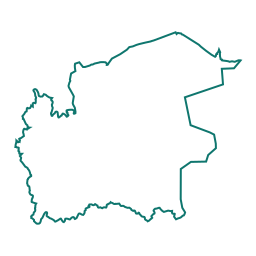 Leilek, Batken, Kyrgyzstan (Robinson projection)
{"feature_id": "92254566B28866404519709", "entity_name": "Leilek", "entity_type": "district", "adm_level": 2, "iso_a3": "KGZ", "parent_name": "Kyrgyzstan", "parent_adm1": "Batken", "projection": "robinson", "projection_center": [69.614, 39.878], "detail": "fine", "context": "isolated", "style": "outline", "palette": "teal", "viewbox_px": 256, "rotation_deg": 0, "n_neighbors": 0, "source": "geoboundaries", "source_scale": "gbopen_adm2", "svg_char_len": 5686}
<svg xmlns="http://www.w3.org/2000/svg" viewBox="0 0 256 256"><path d="M209.8,132.4L190.6,125.2L184.9,97.3L223.0,84.4L221.8,68.8L234.0,68.3L240.6,60.4L240.2,60.3L238.5,60.3L234.8,61.8L232.0,61.3L229.5,61.8L228.4,61.3L226.7,61.0L222.0,60.4L221.8,60.2L221.9,59.6L220.6,59.1L220.4,57.8L220.0,56.4L219.9,53.1L220.2,52.3L219.0,49.6L218.3,51.9L217.2,52.9L217.2,54.0L216.2,54.2L215.8,56.2L215.1,56.8L211.6,54.8L206.2,50.9L200.9,46.7L198.8,44.7L183.7,35.2L182.7,34.6L181.8,34.4L181.2,33.5L178.6,33.1L178.1,32.9L177.6,33.0L176.6,34.0L175.6,32.3L153.6,40.5L151.1,41.2L150.9,41.4L145.3,42.6L139.1,44.1L136.5,44.9L132.8,46.4L129.3,47.1L126.9,49.7L120.2,54.2L111.9,58.6L108.6,63.2L108.1,63.5L108.2,64.0L107.6,64.8L106.8,64.9L106.9,64.2L106.8,63.9L105.9,62.6L105.5,62.3L103.2,62.1L100.0,62.2L99.3,62.5L94.4,63.6L93.6,64.1L92.7,64.5L91.8,64.5L91.1,64.7L89.9,65.5L85.0,67.0L83.0,67.0L79.3,62.3L75.1,63.7L74.8,65.2L74.9,67.8L75.4,71.1L71.1,73.5L69.9,79.7L70.3,80.9L69.4,82.6L68.5,85.9L68.9,87.4L73.1,94.9L73.8,96.4L72.7,103.1L73.1,104.6L74.8,107.7L75.5,111.8L75.4,113.2L74.5,113.7L73.9,113.7L73.7,113.3L73.8,112.9L74.5,111.8L73.6,110.5L72.8,109.9L72.0,109.7L69.2,109.8L67.0,110.2L66.6,110.5L66.6,111.7L67.0,111.8L67.4,112.5L67.1,112.9L67.5,113.3L67.5,113.6L68.4,115.2L67.7,116.2L66.8,116.7L66.3,116.3L66.2,115.6L64.5,114.3L63.4,113.7L62.6,113.7L61.5,115.6L61.1,115.6L59.6,117.0L58.8,117.5L58.5,117.4L58.1,116.7L57.6,112.3L57.1,111.8L56.3,111.6L55.5,111.9L54.6,113.5L53.4,114.2L52.6,115.1L52.6,115.5L52.1,115.9L51.7,115.8L51.0,113.8L51.1,112.9L51.5,112.3L52.6,108.6L52.7,107.7L52.0,106.0L51.9,104.5L52.4,103.7L52.7,102.3L52.7,101.9L52.5,101.5L52.0,100.7L51.5,100.5L51.2,100.0L51.2,99.2L52.1,98.0L49.8,97.6L48.9,97.2L46.9,95.9L45.8,94.8L43.9,94.2L42.8,96.0L42.3,96.5L40.3,96.6L38.9,95.9L38.6,94.9L38.5,93.7L37.9,92.0L36.5,89.7L35.1,89.1L34.3,89.3L33.8,89.7L33.4,90.2L33.5,90.7L34.6,92.4L35.0,93.4L35.3,95.9L36.1,97.5L36.0,98.3L35.5,99.2L35.8,99.7L35.7,102.5L35.4,103.2L33.8,102.8L33.3,103.0L32.8,103.4L32.8,106.6L31.2,105.5L31.0,106.3L30.1,108.0L28.8,108.4L27.5,107.9L26.9,108.3L26.6,111.4L25.4,111.9L24.3,113.9L22.4,116.2L22.9,117.3L22.9,118.9L23.6,119.0L25.9,124.0L27.4,125.3L27.6,126.4L28.6,127.5L29.6,127.6L29.1,127.9L28.4,128.5L27.9,128.6L27.6,128.4L27.2,128.4L26.9,129.5L25.0,129.1L24.7,128.8L24.2,128.8L23.8,129.2L23.4,130.2L23.1,131.8L23.1,132.7L23.5,133.7L23.9,136.0L20.8,138.2L19.7,138.5L19.2,138.9L19.9,140.4L19.9,140.8L19.5,141.2L19.5,141.7L19.1,141.5L18.7,141.7L18.6,142.1L18.0,142.3L17.7,142.0L17.1,141.2L17.0,141.4L16.8,141.3L16.4,140.8L16.4,141.7L16.0,143.4L15.7,144.4L15.4,147.0L16.4,147.0L16.7,147.4L18.4,147.6L18.7,147.8L18.7,149.4L18.4,150.0L18.5,151.3L18.7,151.5L19.2,151.5L19.3,152.3L19.3,153.6L19.5,153.8L21.9,153.8L20.6,155.3L19.9,156.0L21.1,157.6L21.0,158.9L20.6,159.5L20.5,160.2L20.6,160.7L22.3,162.6L25.3,166.7L26.4,167.2L26.7,167.5L27.3,167.8L27.7,168.3L27.9,168.9L28.8,170.0L29.3,170.8L30.0,172.7L30.3,174.1L30.5,174.8L31.1,175.0L31.2,175.3L31.0,175.6L31.1,176.2L30.2,176.7L29.0,177.6L28.0,178.7L28.0,179.2L27.5,179.7L27.1,183.3L27.6,184.5L27.7,185.3L28.1,185.9L29.2,186.4L29.5,187.7L29.6,189.3L29.9,190.6L29.5,191.2L29.4,192.6L30.3,194.3L31.0,194.8L32.5,195.3L32.9,195.8L32.9,196.5L32.8,197.2L32.4,198.0L32.4,198.3L31.9,199.1L31.6,201.6L31.7,202.0L34.5,203.0L36.2,203.5L35.7,204.3L35.3,205.9L35.3,207.8L35.0,208.0L35.0,209.0L35.3,209.8L35.2,210.7L34.9,211.4L33.8,212.5L33.4,214.6L32.0,215.4L31.9,215.7L31.2,216.3L31.5,216.8L31.2,217.7L30.5,217.8L31.9,218.2L32.8,218.8L34.0,219.9L34.0,221.2L36.5,223.5L37.3,223.7L39.0,223.6L39.9,223.0L40.6,221.6L41.1,219.2L42.4,217.8L44.2,213.9L45.3,212.5L45.7,212.2L46.6,212.2L46.9,212.4L47.1,212.9L47.1,213.5L46.7,214.8L46.7,215.9L47.5,216.7L48.3,216.9L49.6,218.1L51.1,218.6L52.6,219.4L54.0,220.3L54.9,221.5L55.5,221.6L58.1,220.2L60.3,218.7L60.8,218.6L61.1,218.9L61.6,219.9L62.9,221.7L63.8,222.1L64.9,220.8L65.1,219.4L65.3,218.8L66.1,218.6L67.8,218.8L69.3,219.4L70.0,219.4L71.3,218.0L72.1,217.4L72.9,217.1L73.5,217.1L74.0,217.5L74.6,218.7L74.9,219.0L75.2,218.9L76.6,218.0L78.4,214.3L78.7,213.8L79.2,213.5L79.9,213.5L82.1,214.7L83.2,214.9L84.1,213.8L84.6,212.7L84.6,211.1L85.0,210.7L85.7,210.1L85.6,208.8L85.8,208.5L88.0,207.5L89.1,207.2L89.5,206.8L89.3,206.3L88.6,205.9L89.4,204.5L91.4,204.4L92.0,204.6L92.5,205.0L93.3,205.2L94.1,205.0L94.9,204.2L95.4,204.2L96.9,205.5L97.4,205.5L98.0,207.3L98.4,207.6L99.1,207.6L100.3,207.3L101.9,208.1L102.3,208.2L103.3,207.5L104.0,207.3L104.8,207.3L106.0,207.6L106.6,206.8L106.7,205.1L107.0,204.6L108.0,204.3L108.2,203.9L109.8,203.3L110.6,202.2L110.9,202.5L112.6,203.1L113.6,203.8L114.5,204.0L115.2,204.0L115.5,203.8L116.3,203.9L119.2,203.6L120.7,205.8L121.4,206.0L123.1,205.8L124.0,206.2L124.9,206.9L127.5,207.8L129.4,207.7L131.0,208.9L131.5,210.0L132.3,210.4L133.2,210.9L133.9,210.5L134.6,210.6L135.0,211.0L136.0,213.4L136.4,213.6L137.3,213.6L137.9,213.5L138.5,212.7L138.8,212.7L139.2,213.0L139.7,214.2L140.4,214.9L141.0,215.5L141.4,216.1L142.0,216.5L144.4,217.0L144.8,217.6L144.9,218.8L145.1,219.4L145.7,219.9L147.2,220.7L147.7,221.3L149.1,220.6L150.5,219.2L151.4,218.6L152.2,217.8L151.6,216.8L151.4,216.2L153.2,214.2L154.4,213.6L154.6,213.0L154.5,212.3L153.6,210.8L153.6,210.4L154.2,209.5L155.2,208.7L156.5,208.6L158.9,207.8L159.6,207.8L160.6,209.2L162.3,210.9L163.9,211.9L167.9,210.7L168.5,210.7L170.6,211.1L172.1,210.9L172.0,212.7L172.4,213.5L173.4,213.8L174.5,213.7L174.7,213.8L174.7,214.4L174.3,215.6L174.1,216.7L176.0,219.3L176.8,219.0L177.4,218.6L180.0,217.8L181.1,217.2L182.7,215.7L183.8,215.4L184.5,214.2L185.1,212.4L182.3,207.8L180.7,199.3L180.8,169.0L190.9,161.9L206.1,161.6L208.2,155.0L215.9,148.2L215.8,143.7L214.1,134.6L209.8,132.4Z" fill="none" stroke="#0f766e" stroke-width="2"/></svg>